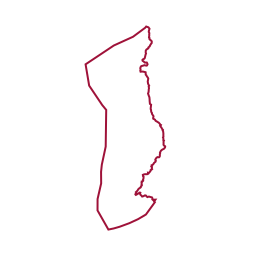 the district of Goma, Nord-Kivu, Democratic Republic of the Congo, rotated 227°
{"feature_id": "63176286B45383896961526", "entity_name": "Goma", "entity_type": "district", "adm_level": 2, "iso_a3": "COD", "parent_name": "Democratic Republic of the Congo", "parent_adm1": "Nord-Kivu", "projection": "equal_earth", "projection_center": [29.189, -1.656], "detail": "fine", "context": "isolated", "style": "outline", "palette": "rose", "viewbox_px": 256, "rotation_deg": 227, "n_neighbors": 0, "source": "geoboundaries", "source_scale": "gbopen_adm2", "svg_char_len": 2957}
<svg xmlns="http://www.w3.org/2000/svg" viewBox="0 0 256 256"><g transform="rotate(227 128 128)"><path d="M189.8,210.5L189.6,208.9L191.3,193.9L198.0,173.9L203.5,140.4L185.5,128.5L162.4,124.8L156.1,124.4L129.6,99.0L119.0,83.8L114.3,78.4L105.8,70.6L96.8,57.3L88.5,49.5L67.1,44.4L64.3,49.0L61.5,54.5L57.5,64.0L54.5,73.1L52.5,82.1L55.4,97.0L56.0,96.9L56.7,97.1L56.7,98.3L56.9,99.2L57.6,98.4L58.3,97.2L59.2,97.1L59.8,97.9L60.9,98.2L62.1,97.4L63.2,96.8L63.8,96.2L64.2,95.1L65.3,94.9L65.7,95.0L66.5,95.0L67.2,94.4L67.6,92.8L68.2,91.6L69.4,91.7L70.8,91.6L72.0,92.0L72.2,92.8L72.7,92.7L73.0,91.3L73.4,89.2L73.7,88.1L74.4,88.1L74.7,88.6L74.6,89.6L75.2,90.1L75.7,90.1L75.7,92.2L76.2,93.7L76.2,95.3L76.0,96.0L75.9,96.9L76.5,97.5L76.5,98.6L76.8,99.3L77.5,99.4L78.4,100.5L78.9,100.7L79.5,101.5L79.0,101.9L79.1,103.2L79.9,103.6L80.4,104.7L81.3,105.7L81.8,106.2L82.4,106.1L83.6,106.9L83.3,107.8L82.5,109.1L81.1,110.6L80.8,111.5L81.6,112.1L80.9,112.5L81.1,114.7L81.4,115.4L81.8,115.9L81.5,116.6L81.5,117.6L82.1,117.7L82.9,118.7L83.9,118.8L83.9,119.7L84.6,119.9L84.3,121.0L84.3,122.0L84.7,123.3L84.6,125.2L85.2,126.1L86.1,126.2L86.5,127.1L86.8,128.6L86.6,129.7L85.8,130.3L85.4,130.8L85.5,131.7L86.1,132.5L87.0,133.3L87.7,134.4L88.1,134.5L88.6,135.6L88.9,136.7L88.9,137.7L88.7,138.8L88.3,139.9L88.4,141.2L88.6,141.9L89.0,142.5L89.3,142.7L90.3,142.4L91.4,142.5L91.9,142.9L92.3,143.4L92.7,143.7L93.1,144.1L93.4,144.3L93.8,144.7L94.3,145.7L94.9,145.5L95.3,145.9L96.6,147.0L97.3,147.2L97.5,148.0L98.6,148.9L99.2,149.5L99.7,150.0L100.9,150.9L101.9,151.6L102.5,151.6L102.8,152.3L104.1,152.3L105.3,152.7L106.5,152.8L107.6,153.0L107.5,153.6L107.7,154.1L108.4,153.8L109.3,154.1L110.2,154.1L111.0,154.1L112.0,153.8L113.2,153.5L114.4,153.1L115.6,153.4L116.9,153.1L117.4,152.8L118.1,153.1L119.2,154.7L120.3,154.9L121.1,155.0L122.0,155.2L122.7,155.8L123.3,155.8L124.1,156.1L125.7,157.3L126.2,157.4L126.9,158.0L129.3,160.8L130.7,160.5L133.2,162.4L133.9,163.1L134.5,163.5L135.2,164.1L136.1,164.7L137.4,165.2L139.6,166.2L140.1,167.3L141.0,168.4L142.1,169.5L142.7,170.4L143.7,171.1L144.3,171.5L144.5,172.3L145.8,172.6L146.7,172.9L147.6,173.5L148.5,174.1L150.3,176.5L151.4,176.9L152.9,177.0L154.0,177.4L154.8,177.3L155.4,177.7L156.2,178.5L156.8,178.9L159.1,177.4L160.0,176.4L160.6,175.6L161.6,176.1L162.1,177.0L163.3,177.7L163.9,178.6L164.2,179.9L163.1,182.0L162.8,182.8L162.0,183.3L161.6,183.6L161.2,183.9L160.9,184.2L160.8,184.5L161.2,185.7L162.0,186.1L163.0,186.4L163.5,186.0L164.1,185.2L164.4,184.9L166.0,184.8L167.1,184.5L167.9,184.9L168.0,185.9L167.6,187.0L167.7,187.9L168.8,189.6L169.7,190.9L170.2,192.0L171.0,192.3L171.8,193.1L172.5,193.8L172.8,195.1L172.4,197.2L173.0,197.8L172.9,199.6L173.3,200.2L173.9,202.5L174.0,203.3L174.6,203.9L175.2,204.5L176.6,204.5L177.5,204.3L178.6,204.4L179.1,205.1L179.9,205.1L181.4,206.9L181.9,207.2L182.6,208.1L183.4,208.6L184.1,208.7L184.8,209.5L185.6,210.9L185.9,211.4L187.7,211.6L189.8,210.5Z" fill="none" stroke="#9f1239" stroke-width="2"/></g></svg>